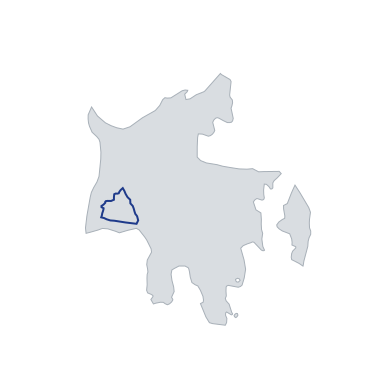 Quba highlighted on a map of Azerbaijan, rotated 224°
{"feature_id": "AZE-1728", "entity_name": "Quba", "entity_type": "District", "adm_level": 1, "iso_a3": "AZE", "parent_name": "Azerbaijan", "parent_adm1": "", "projection": "orthographic", "projection_center": [48.506, 41.189], "detail": "fine", "context": "in_parent", "style": "outline", "palette": "blue", "viewbox_px": 384, "rotation_deg": 224, "n_neighbors": 0, "source": "natural_earth", "source_scale": "10m", "svg_char_len": 3852}
<svg xmlns="http://www.w3.org/2000/svg" viewBox="0 0 384 384"><g transform="rotate(224 192 192)"><path d="M253.9,297.0L252.5,296.9L242.7,299.3L240.6,298.6L232.3,287.9L230.5,286.7L226.9,286.2L224.8,284.4L223.1,281.6L222.1,279.4L213.5,273.6L212.2,271.4L212.1,269.6L213.3,267.9L214.8,266.5L219.0,265.1L223.9,263.8L225.5,263.0L226.3,261.4L226.3,258.9L225.5,256.5L218.4,252.1L217.7,250.1L217.5,247.8L217.9,245.4L219.0,243.5L224.7,240.9L227.8,238.2L225.9,235.2L219.8,228.3L212.5,220.7L207.6,220.6L202.0,222.8L192.9,229.1L187.9,231.8L181.3,236.3L174.2,241.3L168.3,246.6L164.6,250.9L158.1,252.8L154.7,256.4L143.6,267.4L140.6,267.2L140.5,261.6L140.8,257.2L140.2,254.7L136.7,251.1L136.7,249.6L137.7,248.7L140.4,249.3L143.8,249.2L145.5,247.9L141.9,243.2L138.7,240.1L135.9,238.0L135.3,236.7L135.4,235.9L136.0,234.8L140.8,232.4L141.3,230.1L141.0,227.5L133.6,223.6L127.9,224.8L123.0,220.4L119.9,217.0L115.9,213.3L112.4,211.3L109.1,206.7L103.2,202.0L99.4,200.5L99.5,199.8L100.2,199.0L101.8,198.4L112.5,198.9L113.8,198.1L114.6,196.1L116.1,193.3L117.9,189.0L117.9,185.4L107.4,179.3L99.8,173.7L94.7,166.4L91.3,159.8L91.5,157.7L92.6,155.6L101.1,150.0L101.7,148.5L101.5,147.4L98.7,144.3L95.1,141.0L94.1,138.6L91.8,137.4L87.4,137.1L79.8,133.0L78.2,132.6L77.9,131.8L78.3,131.0L83.8,129.7L83.8,128.4L82.2,126.6L79.1,125.3L76.4,122.1L75.5,119.3L85.8,111.6L88.7,110.1L95.2,111.8L108.4,117.6L107.4,120.5L108.7,122.3L111.7,124.6L117.6,127.1L122.6,128.5L125.2,127.5L129.1,126.8L134.0,129.5L138.6,133.0L140.8,134.4L142.1,134.9L145.6,133.9L150.0,129.6L151.7,124.4L152.3,121.9L149.9,118.3L144.9,114.4L139.3,111.0L135.7,108.0L133.6,102.1L131.2,101.4L130.7,100.7L130.3,98.7L130.5,95.9L131.4,93.8L133.7,93.0L136.0,92.7L138.1,90.8L140.8,86.9L142.0,84.7L146.9,86.1L147.4,89.6L148.3,90.4L150.3,90.0L153.8,88.6L156.4,89.8L159.8,94.1L164.5,98.7L167.1,101.7L168.1,103.8L170.5,105.8L174.1,108.3L176.9,112.0L179.3,120.6L181.9,122.7L191.2,126.0L194.4,126.7L203.6,128.0L206.8,127.2L211.6,119.8L215.9,112.2L219.8,110.6L227.0,107.0L231.2,103.5L233.0,99.7L237.1,92.6L239.5,88.7L243.7,92.2L251.0,101.8L261.5,117.4L264.1,121.8L265.8,126.9L267.3,133.1L269.7,138.6L280.5,152.3L285.2,157.4L292.8,163.9L295.5,165.3L299.0,165.7L305.4,165.6L311.5,168.1L314.4,169.8L317.5,172.4L320.3,175.4L323.3,183.4L312.8,181.0L302.4,181.6L296.5,183.4L290.8,185.9L285.3,189.3L281.9,195.9L279.2,211.0L275.0,225.2L275.3,231.8L277.2,238.0L277.0,241.0L275.1,242.3L272.6,245.0L269.4,258.0L267.8,260.6L265.7,262.2L265.1,260.7L265.2,257.3L260.6,254.3L258.1,257.7L256.5,264.9L253.1,272.4L252.9,273.8L253.9,297.0ZM99.4,161.5L100.0,159.4L98.7,158.5L97.3,158.4L96.1,159.4L96.0,161.9L97.6,162.4L99.4,161.5ZM62.9,219.1L61.4,217.0L60.7,215.8L65.4,215.0L73.3,212.6L75.3,214.0L77.5,216.9L78.5,219.4L78.5,223.9L79.4,224.7L83.3,223.3L84.9,225.2L87.7,227.5L92.7,229.8L100.0,226.7L103.7,226.0L106.6,226.1L108.2,227.2L108.7,230.8L107.9,235.1L107.0,237.4L108.5,239.2L114.4,243.5L116.8,245.9L115.4,249.9L119.6,259.9L121.0,263.7L122.7,268.5L113.6,266.4L97.2,261.9L92.7,259.7L88.6,254.1L86.2,251.3L82.5,247.8L79.5,246.4L77.2,244.0L76.0,240.4L74.2,237.2L71.0,233.4L63.8,220.5L62.9,219.1ZM75.9,135.4L74.9,136.1L73.4,135.3L73.0,133.7L73.2,132.1L74.7,131.8L75.9,132.3L76.2,133.8L75.9,135.4Z" fill="#d9dde1" stroke="#a8b0b8" stroke-width="1"/><path d="M244.5,146.7L241.4,145.8L238.4,144.5L234.8,143.5L231.1,143.5L228.4,141.0L224.9,140.8L222.4,139.6L219.9,138.1L218.6,137.4L217.3,136.8L216.0,136.7L214.6,136.4L211.0,134.2L209.8,130.6L218.8,123.8L227.9,117.4L231.0,114.8L234.4,113.1L237.1,112.2L239.7,110.7L240.6,112.6L241.8,114.4L242.6,116.1L243.5,117.8L244.3,118.9L245.4,118.6L246.5,118.2L247.4,119.0L246.9,121.5L246.9,124.0L247.6,124.7L247.6,125.6L247.0,126.4L246.4,127.1L244.0,129.3L242.8,132.2L244.7,134.2L246.4,136.4L245.8,137.9L244.6,138.9L243.8,140.2L244.4,141.7L244.7,144.0L244.5,146.7Z" fill="none" stroke="#1e3a8a" stroke-width="2"/></g></svg>